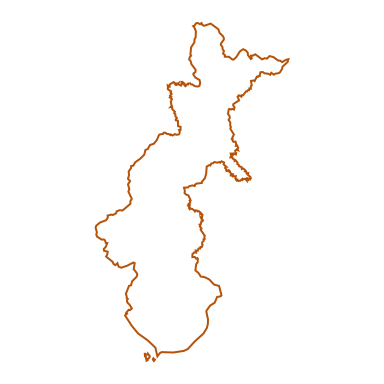 outline of Khlung, Chanthaburi, Thailand
{"feature_id": "78962969B14085180257363", "entity_name": "Khlung", "entity_type": "district", "adm_level": 2, "iso_a3": "THA", "parent_name": "Thailand", "parent_adm1": "Chanthaburi", "projection": "robinson", "projection_center": [102.327, 12.55], "detail": "fine", "context": "isolated", "style": "outline", "palette": "amber", "viewbox_px": 384, "rotation_deg": 0, "n_neighbors": 0, "source": "geoboundaries", "source_scale": "gbopen_adm2", "svg_char_len": 5978}
<svg xmlns="http://www.w3.org/2000/svg" viewBox="0 0 384 384"><path d="M288.4,59.2L285.9,59.9L282.1,62.1L280.0,60.6L278.3,60.6L273.3,57.0L269.5,56.1L267.0,58.6L264.5,58.2L262.1,59.4L255.3,54.3L252.9,55.6L251.1,55.6L251.7,58.5L250.8,59.0L247.8,54.9L247.8,52.8L246.0,50.6L243.1,49.2L239.9,51.4L236.3,57.1L233.7,59.5L232.3,59.5L229.0,56.8L224.8,56.7L224.9,55.1L223.1,53.7L223.9,50.9L222.7,49.5L222.4,46.9L220.8,44.8L221.1,43.4L223.8,39.6L223.9,38.2L222.8,36.0L219.7,33.1L218.3,29.2L210.7,23.6L204.1,25.8L202.2,24.8L201.5,23.1L200.0,24.2L197.8,23.0L196.1,23.3L194.3,25.7L193.2,26.1L194.4,27.5L195.9,31.4L195.6,37.6L194.5,39.1L194.4,42.3L191.1,47.3L190.4,54.5L191.1,55.7L190.0,56.7L189.1,59.4L190.7,61.2L191.5,64.3L195.6,69.7L195.5,71.9L193.4,73.6L193.3,74.4L195.4,77.6L199.5,79.9L200.2,82.8L199.4,86.0L197.6,86.6L194.7,86.1L192.5,84.5L191.0,84.4L190.1,83.3L188.0,83.6L188.0,84.5L185.8,84.6L185.9,85.8L185.3,86.2L183.8,84.3L184.1,83.5L182.7,83.1L183.3,82.7L182.3,81.8L181.4,82.0L181.6,84.4L181.0,85.6L178.2,84.2L178.4,83.5L177.7,84.2L177.1,83.6L176.4,84.9L175.5,84.8L174.6,83.4L175.0,83.5L175.1,83.2L173.6,82.1L169.8,84.4L169.6,86.5L167.7,85.4L167.8,86.5L168.8,86.8L167.8,88.1L167.9,89.3L171.0,91.2L170.6,91.9L171.4,93.5L170.7,93.5L170.9,95.0L170.0,95.8L170.5,96.5L170.1,97.0L171.1,97.1L170.5,98.0L172.0,99.2L170.8,101.5L171.6,105.8L170.6,107.0L172.1,106.7L172.2,109.0L174.9,111.8L174.2,113.2L175.4,114.3L175.4,116.3L176.9,118.0L175.7,119.5L175.8,120.3L177.9,120.7L178.1,126.2L180.6,126.8L180.5,129.9L179.1,130.0L179.8,132.0L179.4,133.6L178.8,134.4L176.4,134.8L174.9,134.1L172.8,135.5L170.9,134.5L170.5,135.1L168.6,134.0L166.9,133.9L165.6,132.8L163.7,132.7L163.1,133.9L159.9,134.4L159.0,135.0L156.9,139.9L153.9,143.7L150.0,145.0L147.8,149.0L145.4,150.0L144.3,154.6L140.4,158.6L135.2,162.3L133.3,165.7L131.2,166.0L131.0,168.2L128.7,171.3L129.0,175.2L128.0,178.8L130.1,181.1L128.0,184.3L129.3,189.1L128.4,191.6L131.8,198.8L130.4,201.1L130.4,203.8L122.5,210.5L119.5,210.2L116.6,211.4L116.1,213.3L112.9,215.0L111.3,214.6L107.6,215.6L107.8,217.7L106.0,220.3L100.2,222.4L96.3,225.6L95.6,227.6L96.9,232.3L96.3,234.5L97.0,236.6L101.5,239.5L104.0,239.5L105.0,240.4L105.8,242.9L107.3,243.1L105.7,247.0L103.8,248.9L104.0,250.7L107.7,251.7L107.3,254.4L106.1,256.6L112.6,261.8L113.5,263.9L115.3,265.2L117.4,263.2L118.6,266.6L121.3,267.7L127.2,265.7L133.4,262.5L134.7,263.1L133.7,269.1L137.0,273.4L137.3,274.9L136.5,276.9L132.1,281.3L131.1,285.2L129.0,285.9L125.8,294.0L126.7,296.2L126.6,297.9L127.8,298.9L127.0,300.1L127.2,302.3L129.7,304.9L131.8,308.5L130.1,310.1L128.7,309.8L126.5,312.4L127.0,313.6L126.0,313.6L126.1,314.4L125.1,315.5L131.9,326.0L138.2,333.6L147.9,340.5L155.4,347.7L157.4,356.4L159.7,353.3L161.6,352.1L173.3,352.5L183.8,350.9L187.7,349.1L194.7,341.5L203.5,333.5L206.9,327.9L207.9,323.8L208.0,319.5L206.3,311.4L206.7,310.4L210.1,305.6L214.7,302.7L217.1,297.0L220.6,296.3L221.5,295.2L219.1,286.0L214.0,284.5L209.2,279.4L204.7,277.2L200.7,276.5L198.7,273.2L195.4,270.4L196.2,264.2L197.7,262.1L197.8,258.8L197.4,258.1L196.1,258.6L194.7,256.9L192.4,257.1L192.4,254.2L194.2,252.4L196.1,252.6L195.7,250.5L197.7,250.8L198.5,248.5L200.1,248.5L200.4,247.0L201.7,247.1L202.6,245.0L202.1,244.3L202.2,242.5L203.8,240.6L203.5,239.4L204.7,238.9L204.3,237.1L204.8,235.8L200.6,229.7L201.5,228.5L200.0,226.8L200.4,226.4L199.6,224.6L200.7,224.4L201.4,221.3L202.4,221.3L203.0,220.2L201.6,219.0L201.9,217.9L201.0,217.9L200.6,217.1L202.0,216.5L202.5,215.0L201.3,214.3L201.6,213.7L200.9,213.0L200.2,213.9L200.1,212.3L198.7,211.1L197.6,211.4L197.1,210.6L195.6,210.4L194.8,212.3L194.9,211.4L194.0,211.5L194.6,211.1L194.4,210.5L192.3,209.0L190.2,208.6L189.8,209.2L189.3,208.6L189.9,207.9L189.2,207.5L189.5,206.5L188.9,206.7L187.9,205.3L189.5,204.4L188.9,203.6L190.2,202.8L190.1,201.4L190.7,201.7L189.8,200.6L190.6,200.1L188.4,195.4L186.0,194.5L184.5,193.0L184.9,191.1L184.0,187.7L188.0,187.4L189.3,186.2L192.5,185.4L194.5,186.0L195.1,185.6L195.0,184.7L196.4,183.6L201.8,183.0L201.9,181.9L205.0,178.0L206.2,173.5L206.7,166.6L209.2,165.1L210.3,165.5L211.3,163.5L213.1,163.2L214.4,162.0L217.3,162.7L219.3,162.0L220.1,162.7L221.5,161.3L224.1,162.5L223.6,164.4L226.4,166.8L225.5,166.9L225.1,168.0L226.3,169.3L226.2,170.7L226.8,171.0L228.5,170.2L228.6,171.0L229.1,170.6L229.9,171.2L230.0,172.4L231.0,173.4L230.8,174.8L232.1,174.4L231.8,175.4L233.1,174.9L233.0,176.4L235.8,176.2L235.4,178.3L236.4,178.9L235.9,179.7L237.0,180.8L237.9,180.2L238.4,180.9L240.2,180.7L242.3,179.0L242.5,179.9L243.8,178.9L245.3,179.0L246.7,180.5L246.4,178.4L246.9,178.1L248.5,178.5L248.5,179.2L247.7,179.2L248.5,180.0L249.3,179.0L250.2,179.4L250.8,178.3L250.5,177.0L247.9,174.9L248.2,173.1L246.6,173.5L246.2,171.6L244.9,171.3L245.4,170.4L244.9,169.8L243.0,168.4L241.8,169.0L241.4,166.9L239.1,166.3L238.8,165.0L237.3,164.0L237.5,162.6L235.6,160.3L234.6,160.9L234.4,159.5L233.2,159.0L231.7,156.1L231.1,157.5L230.4,157.4L231.2,155.3L230.7,153.6L232.9,153.5L232.7,155.2L234.2,153.9L235.9,154.5L236.2,153.1L235.4,152.7L235.2,150.6L236.4,149.7L238.1,150.3L237.4,148.7L238.2,147.9L237.2,145.5L235.9,145.8L236.2,144.1L235.5,141.6L233.4,141.8L232.6,140.7L232.7,139.2L231.8,138.9L233.9,134.5L230.3,128.7L230.9,126.9L230.2,125.7L230.3,122.5L228.6,119.9L229.8,117.9L229.5,116.0L228.0,114.0L228.6,109.9L229.2,108.9L231.0,109.5L232.2,108.8L233.9,109.6L234.6,107.5L233.1,105.2L233.4,104.0L239.1,100.4L237.6,96.7L238.9,95.3L241.3,96.7L241.6,95.2L243.0,95.4L246.0,91.4L247.0,91.5L247.6,90.4L249.0,90.2L249.3,88.5L250.8,88.8L250.8,86.3L251.7,85.5L251.0,80.9L253.7,80.5L254.6,81.1L256.8,76.7L257.7,77.0L258.5,76.0L259.7,76.1L260.4,72.3L262.7,72.0L264.5,73.3L268.6,73.8L270.2,74.8L271.3,72.8L273.8,74.7L274.9,73.8L278.8,73.1L279.9,72.4L281.9,69.2L282.6,66.6L287.6,62.0L288.4,59.2ZM149.8,356.2L147.9,353.7L147.7,354.5L146.2,354.8L145.4,353.8L144.8,353.8L145.0,356.5L145.8,356.8L146.6,360.7L147.7,360.1L147.8,358.8L149.2,358.0L149.8,356.2ZM154.9,359.7L153.4,358.3L152.8,359.5L153.9,361.0L154.9,359.7Z" fill="none" stroke="#b45309" stroke-width="2"/></svg>